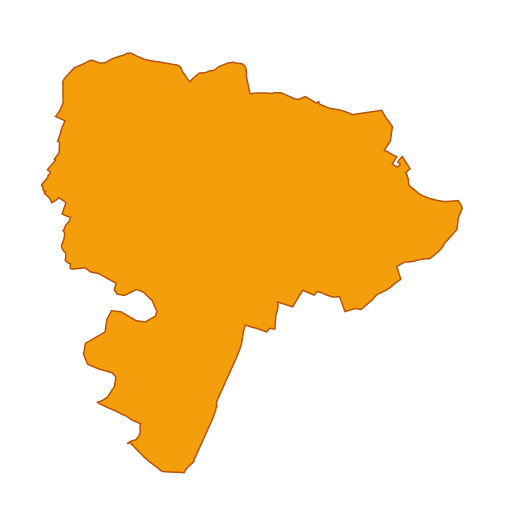 the district of Santimbru, Alba, Romania, rotated 176°
{"feature_id": "2599482B84264195249861", "entity_name": "Santimbru", "entity_type": "district", "adm_level": 2, "iso_a3": "ROU", "parent_name": "Romania", "parent_adm1": "Alba", "projection": "natural_earth1", "projection_center": [23.665, 46.133], "detail": "fine", "context": "isolated", "style": "filled", "palette": "amber", "viewbox_px": 512, "rotation_deg": 176, "n_neighbors": 0, "source": "geoboundaries", "source_scale": "gbopen_adm2", "svg_char_len": 4948}
<svg xmlns="http://www.w3.org/2000/svg" viewBox="0 0 512 512"><g transform="rotate(176 256 256)"><path d="M371.3,466.8L373.1,465.9L375.1,465.2L376.9,465.1L384.1,463.3L386.9,462.2L391.8,459.9L393.4,459.4L395.6,459.2L397.7,459.4L400.5,460.2L402.2,461.2L405.6,462.5L407.3,462.7L408.4,462.5L414.2,459.9L420.4,457.7L423.9,456.5L424.6,456.0L434.0,447.1L435.1,445.9L436.2,444.1L436.7,442.0L436.6,440.4L437.2,432.2L437.6,424.4L437.8,422.5L438.8,419.9L441.7,414.6L445.5,409.9L446.3,409.2L437.0,404.2L440.6,397.6L441.8,394.6L442.0,393.5L445.8,384.2L444.2,383.4L444.1,382.7L445.2,372.7L450.4,366.7L449.2,365.7L458.1,356.5L455.4,354.2L455.3,353.6L455.5,353.2L455.4,353.2L455.8,352.4L457.8,350.9L458.2,348.9L459.2,348.0L463.2,343.8L463.4,343.2L464.3,342.8L465.0,341.1L464.2,340.8L464.1,340.1L463.4,339.6L463.9,338.0L463.8,336.6L462.8,335.4L461.4,335.2L462.8,333.6L458.0,328.2L456.6,325.1L456.1,323.4L451.9,325.4L448.5,328.0L441.9,322.6L443.5,318.4L444.7,316.2L446.0,312.1L446.5,311.4L442.4,309.2L438.3,307.5L439.9,303.9L441.1,302.5L443.6,300.2L444.3,298.6L445.3,296.6L446.0,295.3L446.8,294.8L446.0,294.0L445.2,291.4L446.7,285.3L447.9,282.8L449.4,280.1L449.3,278.7L447.9,274.7L445.7,272.4L445.8,268.3L446.6,265.2L446.3,264.3L443.5,261.9L441.6,261.1L441.5,260.7L442.2,258.5L442.1,256.3L439.2,255.7L427.4,256.2L422.3,251.7L414.3,249.5L397.4,238.5L399.7,232.4L397.3,227.7L389.9,225.9L377.6,230.9L371.3,228.2L362.8,219.0L358.7,207.6L360.5,203.1L371.2,197.9L380.2,199.9L394.8,209.9L403.9,211.4L409.3,203.0L411.9,190.7L432.2,180.8L434.9,170.2L431.5,159.7L420.8,154.3L407.8,149.6L404.2,145.2L405.4,139.6L405.8,137.8L406.2,135.9L411.4,129.0L414.0,125.6L419.2,122.6L421.8,121.9L424.4,121.1L424.1,120.8L422.3,119.5L414.6,115.2L412.1,113.9L409.6,112.6L407.0,111.3L403.3,109.1L399.8,106.8L398.2,106.6L397.2,105.9L395.4,104.5L393.7,103.2L392.3,101.7L382.8,96.6L382.5,96.7L383.5,94.7L383.6,93.3L383.9,87.8L385.7,83.9L387.2,82.8L388.1,81.5L388.8,81.1L393.6,80.0L395.3,79.2L397.1,78.2L396.9,77.8L394.8,78.8L392.5,76.1L390.0,73.1L387.8,70.6L381.5,63.0L377.4,58.9L374.3,56.2L365.0,47.9L364.6,47.6L356.0,46.4L349.1,45.7L348.4,45.6L342.8,44.8L342.8,45.3L342.4,45.8L338.9,50.0L337.7,51.0L336.4,52.1L334.3,53.7L334.2,53.7L331.8,55.9L332.1,56.8L332.1,57.6L330.9,59.0L312.4,93.4L309.4,99.1L307.6,103.7L307.0,104.7L306.4,107.7L305.8,107.8L305.5,110.7L305.9,111.4L304.3,115.8L302.7,118.5L300.7,122.4L298.0,127.2L295.6,132.0L292.0,138.5L283.3,154.7L278.9,163.6L276.9,168.4L273.2,183.4L271.5,187.7L269.5,187.1L264.8,185.0L264.5,185.1L260.0,183.6L255.7,181.7L250.8,179.5L247.5,182.9L247.3,182.9L244.6,182.1L242.3,181.8L241.7,186.2L240.8,192.1L240.4,195.7L238.9,199.1L237.8,202.7L237.4,204.2L237.7,208.6L223.0,202.7L219.5,207.7L215.3,213.7L211.8,218.5L201.9,213.5L200.8,212.9L197.2,216.3L194.4,215.3L191.4,213.9L188.6,212.2L186.5,211.5L185.6,211.0L184.0,210.3L181.5,209.7L178.8,209.5L175.5,209.7L171.1,194.3L161.2,196.6L159.4,196.5L154.8,195.3L146.6,201.6L143.4,203.8L138.9,208.4L136.4,209.8L133.1,210.9L128.4,212.9L123.2,216.0L121.4,217.4L119.5,219.0L113.2,222.6L115.0,230.3L116.3,235.8L107.5,239.8L105.1,239.4L99.4,239.6L95.9,240.6L94.5,240.7L93.7,240.8L92.0,241.0L90.4,241.1L88.7,241.3L85.4,241.4L83.6,241.0L82.9,241.2L80.3,242.9L76.4,245.7L72.7,248.5L69.6,251.7L68.4,253.3L66.8,255.8L65.2,257.3L63.1,259.2L62.9,259.4L59.1,263.1L53.7,268.4L51.4,280.4L49.2,284.6L47.0,288.8L47.1,289.5L47.3,290.1L47.4,291.4L50.3,297.2L51.5,297.1L64.0,297.1L71.2,298.7L78.7,301.3L85.1,304.2L89.1,306.8L94.2,311.9L97.7,315.0L98.5,316.5L98.7,317.5L98.7,322.6L98.9,323.0L99.3,323.7L99.6,325.9L100.9,328.3L97.8,331.2L96.2,332.2L103.1,345.0L104.3,344.0L104.8,343.6L105.0,343.3L106.1,342.3L107.2,341.1L108.1,339.8L105.7,337.6L105.8,337.1L107.4,335.8L108.6,334.6L110.1,335.8L113.6,338.1L108.6,345.4L109.0,345.6L109.5,345.7L111.1,346.5L115.1,349.1L115.5,349.4L116.1,349.9L116.9,350.6L118.3,351.2L120.6,352.4L113.9,361.5L112.9,366.2L110.9,375.5L116.2,384.2L117.9,386.9L120.4,392.6L138.6,391.2L150.9,390.3L151.2,391.0L151.7,391.4L159.7,395.0L163.0,396.0L167.8,397.2L171.2,397.9L173.8,398.9L175.2,399.7L179.1,401.5L181.7,402.9L182.3,403.9L182.6,405.5L183.0,405.8L184.8,404.1L195.7,411.6L202.7,409.2L206.0,409.9L219.7,417.1L226.3,417.5L228.8,417.0L236.3,418.1L243.8,418.5L250.6,418.3L252.8,433.6L252.9,435.0L252.8,439.0L252.8,442.2L253.3,445.6L255.4,447.7L256.1,448.5L256.9,448.9L258.5,449.2L261.5,449.6L263.4,450.2L265.2,450.8L266.2,450.9L269.2,450.4L270.0,450.7L273.8,449.4L278.1,448.1L280.7,447.0L282.7,445.5L284.5,444.5L286.5,443.9L288.8,444.0L291.4,443.1L294.7,442.3L299.8,442.5L306.1,437.9L308.2,436.0L309.1,434.9L309.2,434.5L309.5,434.3L311.2,436.3L311.8,436.8L312.9,438.8L313.8,441.0L316.4,444.7L317.9,449.4L320.0,451.3L320.9,451.8L322.7,452.4L324.3,452.6L327.8,453.5L330.2,454.3L331.7,454.5L337.1,455.8L339.4,456.5L343.6,457.2L346.8,458.1L348.6,458.4L351.6,459.4L354.2,460.1L357.3,462.0L360.3,463.3L366.0,466.8L367.5,467.2L369.2,467.2L371.3,466.8Z" fill="#f59e0b" stroke="#b45309" stroke-width="1.5"/></g></svg>